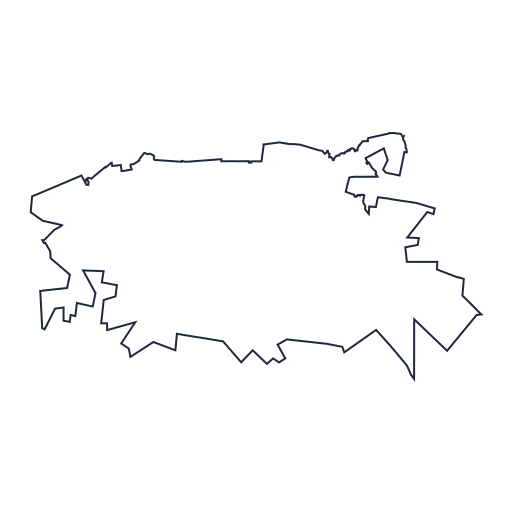 the district of Cusihuiriachi, Chihuahua, Mexico
{"feature_id": "50627088B62303278534016", "entity_name": "Cusihuiriachi", "entity_type": "district", "adm_level": 2, "iso_a3": "MEX", "parent_name": "Mexico", "parent_adm1": "Chihuahua", "projection": "mercator", "projection_center": [-106.822, 28.208], "detail": "fine", "context": "isolated", "style": "outline", "palette": "slate", "viewbox_px": 512, "rotation_deg": 0, "n_neighbors": 0, "source": "geoboundaries", "source_scale": "gbopen_adm2", "svg_char_len": 5497}
<svg xmlns="http://www.w3.org/2000/svg" viewBox="0 0 512 512"><path d="M144.3,152.9L139.3,159.3L139.4,160.4L133.7,164.1L131.1,164.3L130.3,165.3L131.7,169.5L124.9,170.7L121.6,171.1L120.8,165.1L112.2,166.0L111.7,162.7L111.0,163.0L109.2,164.6L105.8,167.4L105.4,166.9L93.8,176.5L91.3,178.7L89.4,177.9L88.7,177.8L87.8,178.1L87.0,178.6L86.5,179.1L86.0,179.6L85.8,180.2L85.8,180.6L86.0,180.8L86.2,180.7L86.4,180.3L86.8,180.0L87.5,180.1L87.8,180.2L88.0,180.6L88.6,182.5L88.3,184.9L86.5,184.9L81.5,175.5L49.7,189.0L32.1,196.4L30.7,212.3L42.8,220.8L60.6,224.8L61.9,225.3L60.9,226.1L60.1,226.7L54.3,229.8L44.3,240.0L42.3,240.2L43.9,243.0L45.3,242.8L50.2,251.3L50.6,258.2L69.9,274.7L67.1,288.0L40.2,290.9L40.3,291.7L42.2,328.2L44.6,329.3L46.6,325.4L55.1,308.6L63.6,307.5L63.5,320.7L69.7,321.9L70.7,314.9L75.3,316.1L76.9,303.0L90.3,306.0L92.8,306.4L95.5,293.1L83.1,270.4L103.6,271.2L101.8,282.3L116.9,285.2L115.5,296.4L103.7,300.0L101.2,323.4L107.0,323.3L107.2,330.1L135.3,322.2L121.2,343.5L128.7,348.5L129.0,349.5L130.4,356.9L153.4,342.0L175.4,350.3L176.9,333.8L180.4,334.4L182.2,334.6L182.8,334.8L199.3,337.5L205.2,338.4L223.1,341.4L241.2,362.3L252.7,350.3L266.9,363.9L272.8,358.7L273.1,358.4L279.1,362.4L285.3,358.4L277.6,344.6L286.8,339.4L326.8,343.8L342.3,346.8L344.1,351.9L344.1,352.1L344.2,352.4L376.1,329.9L389.5,344.8L397.2,353.8L407.0,365.7L411.0,374.7L414.1,379.0L414.2,319.3L447.1,350.8L473.8,318.4L476.6,315.0L481.3,314.4L480.0,313.2L468.3,301.3L462.4,295.7L463.8,279.1L463.4,279.1L463.1,278.9L462.7,278.6L461.1,277.9L460.9,277.9L460.5,278.0L460.0,278.0L459.8,277.9L458.5,277.2L457.7,277.4L437.0,269.5L437.3,261.9L406.9,261.9L405.3,247.3L417.8,244.9L418.8,238.1L407.3,237.5L427.3,212.0L433.5,214.1L434.7,208.4L416.1,202.9L397.0,200.1L390.8,199.1L390.1,199.0L389.3,198.7L388.8,198.6L384.4,198.1L378.0,197.2L377.1,200.6L377.1,201.2L375.9,207.0L369.2,206.5L368.8,213.9L365.1,209.5L365.3,206.4L363.1,201.8L364.1,196.1L364.3,195.4L364.2,195.1L361.1,194.7L360.8,194.8L360.5,195.2L360.4,195.6L360.0,195.8L359.9,195.8L359.8,195.7L359.7,195.5L359.4,195.1L359.1,194.9L358.8,195.0L358.5,195.0L358.1,195.0L357.8,195.0L357.7,195.1L357.7,195.3L357.7,195.5L357.2,195.7L357.1,195.9L357.1,196.0L356.9,196.0L356.6,196.0L356.6,196.4L356.5,196.5L356.3,196.5L356.1,196.4L355.9,196.4L355.8,196.5L355.6,196.7L355.3,196.8L355.0,196.8L354.6,196.6L354.6,196.4L354.6,196.2L354.5,195.9L354.3,195.4L354.2,195.3L354.1,194.7L353.7,194.7L345.7,191.7L349.3,177.5L353.3,176.8L353.8,176.8L354.7,176.8L356.3,176.7L359.1,176.8L377.5,176.7L375.5,174.0L376.2,173.1L375.9,171.6L372.3,168.2L368.8,162.6L367.2,163.9L366.3,162.8L367.2,161.4L365.5,158.2L383.8,148.4L387.7,160.1L383.1,169.6L385.8,172.6L389.9,173.6L391.4,173.8L399.6,175.5L402.6,161.0L404.4,152.0L406.7,152.4L406.8,151.7L406.5,149.8L406.3,149.0L406.2,148.6L405.6,147.6L405.6,145.5L405.6,145.2L405.0,143.6L404.7,142.8L404.7,142.6L404.6,141.4L404.4,141.1L403.7,140.4L403.0,139.0L403.0,138.8L403.0,138.6L403.4,136.9L403.7,136.2L403.2,136.4L402.9,136.4L402.6,136.3L402.4,136.3L402.1,136.1L401.9,135.9L401.8,135.6L401.5,134.8L401.4,134.3L401.1,134.1L400.2,133.7L399.0,133.6L396.7,133.6L396.2,133.5L395.4,133.1L394.3,133.0L393.3,133.0L389.1,133.1L389.0,133.4L388.0,133.7L368.2,138.1L367.7,139.6L367.7,139.9L367.9,140.3L367.9,141.2L362.7,141.2L362.3,142.0L361.8,142.3L360.7,143.8L360.3,144.0L360.2,144.1L360.1,144.3L359.8,144.6L359.6,145.0L359.6,145.3L359.2,145.3L359.2,145.5L359.0,145.9L358.9,146.1L358.7,146.3L358.5,146.5L358.3,147.0L357.8,147.7L357.8,148.1L357.6,148.6L357.7,149.3L357.6,149.6L357.6,150.0L357.5,150.5L357.4,150.5L357.0,150.4L356.6,150.3L355.7,150.0L355.5,150.3L355.5,150.8L355.5,151.1L355.3,151.3L355.2,151.3L354.7,150.7L354.4,150.3L354.2,149.9L354.1,149.4L353.8,148.8L353.2,148.5L352.5,148.3L352.0,148.2L351.9,148.2L351.7,148.3L351.4,148.7L350.9,149.0L350.6,149.0L350.4,149.2L350.2,149.2L349.9,149.2L349.9,149.3L349.9,149.6L349.9,150.0L349.7,150.6L349.3,150.6L348.3,150.1L348.1,150.1L347.8,150.2L347.6,151.3L347.4,151.4L346.7,151.3L346.4,151.4L345.9,151.9L345.5,152.0L345.1,152.1L344.8,152.3L344.7,152.6L344.9,153.0L344.7,153.3L344.3,153.2L344.1,153.3L344.0,153.6L343.9,153.6L343.6,153.4L343.4,153.2L343.1,153.2L342.6,153.1L342.2,153.2L341.7,153.3L341.0,153.6L340.7,153.6L340.3,153.8L340.0,154.0L339.7,154.6L339.2,155.3L339.0,155.7L338.8,155.7L338.2,155.3L337.9,155.2L337.6,155.3L337.4,155.5L337.2,155.8L336.9,155.9L336.3,156.0L336.1,156.1L336.1,156.4L335.6,156.7L335.3,157.1L334.6,157.9L334.3,158.3L334.2,158.9L334.0,159.7L333.4,160.2L333.1,160.3L332.9,160.2L332.8,159.6L332.5,159.2L332.3,158.5L332.0,158.2L331.7,157.8L331.1,157.1L330.8,157.0L330.6,157.1L329.4,157.4L329.1,157.2L329.4,156.4L329.4,155.9L329.3,155.4L329.2,155.1L329.2,154.6L329.6,154.2L329.6,153.9L329.0,153.7L328.6,153.1L328.2,152.8L328.0,152.5L328.0,151.0L327.7,150.8L327.3,150.8L327.1,151.0L327.0,151.3L326.8,151.7L326.7,152.1L326.5,152.4L326.1,152.8L325.8,153.1L324.6,153.8L322.4,150.9L318.6,150.2L300.3,144.7L294.0,144.1L290.6,144.1L288.2,143.9L286.9,143.6L286.0,143.3L285.9,143.3L285.8,143.5L285.7,143.6L284.5,143.2L283.5,143.1L282.1,142.9L279.6,142.4L263.5,144.5L263.7,144.9L261.5,161.3L251.5,161.3L251.4,162.1L251.2,162.1L251.2,162.7L249.5,162.7L249.6,162.3L248.8,162.3L248.9,161.2L236.9,161.3L232.2,161.2L221.3,161.3L221.3,159.2L190.7,161.5L185.3,161.8L181.9,160.9L181.7,161.8L154.4,159.9L153.8,158.9L154.1,156.1L153.1,155.4L153.0,155.0L152.2,154.8L150.8,154.1L150.1,153.8L149.0,153.7L148.5,154.0L147.4,154.2L146.8,153.8L144.3,152.9Z" fill="none" stroke="#1e293b" stroke-width="2"/></svg>